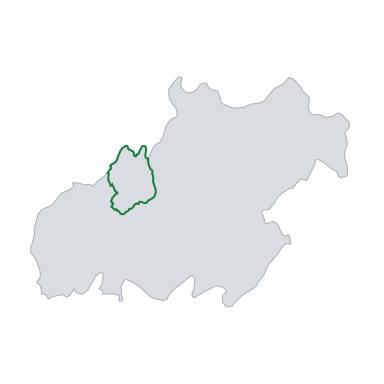 location of Južno-Banatski within Republic of Serbia, rotated 279°
{"feature_id": "SRB-1060", "entity_name": "Južno-Banatski", "entity_type": "District", "adm_level": 1, "iso_a3": "SRB", "parent_name": "Republic of Serbia", "parent_adm1": "", "projection": "robinson", "projection_center": [20.779, 44.991], "detail": "fine", "context": "in_parent", "style": "outline", "palette": "green", "viewbox_px": 384, "rotation_deg": 279, "n_neighbors": 0, "source": "natural_earth", "source_scale": "10m", "svg_char_len": 6768}
<svg xmlns="http://www.w3.org/2000/svg" viewBox="0 0 384 384"><g transform="rotate(279 192 192)"><path d="M218.9,143.5L229.0,146.4L233.6,149.0L236.0,152.5L242.5,154.8L252.9,155.9L260.2,159.5L264.3,165.5L271.0,164.0L280.2,155.1L289.3,152.8L298.3,157.1L303.2,160.6L304.0,163.3L302.0,164.4L297.0,163.9L292.9,165.6L289.7,169.5L289.3,173.7L291.5,178.1L294.7,181.2L298.8,182.9L301.0,185.2L301.4,188.1L302.4,188.9L300.1,190.3L297.6,192.3L296.2,195.8L295.9,201.5L287.9,205.9L284.9,206.7L283.6,209.6L281.6,217.9L281.9,224.1L283.0,227.3L283.5,229.9L286.1,233.1L288.5,237.9L290.1,244.4L293.6,249.3L302.5,254.2L306.9,257.1L310.2,261.2L312.7,264.9L320.1,269.9L319.6,273.4L318.0,276.9L316.3,278.5L312.7,282.9L309.2,285.5L303.4,293.3L294.2,293.7L292.0,294.4L288.5,296.5L286.8,300.4L288.5,303.6L288.3,306.8L286.7,312.9L289.0,319.6L292.3,322.6L292.8,324.4L292.3,327.5L287.4,333.8L286.0,336.1L281.1,337.2L279.4,336.6L276.9,334.5L274.5,333.8L268.7,336.4L262.8,338.0L258.1,336.8L253.5,336.6L250.3,337.7L247.9,338.1L243.2,340.8L235.6,342.8L232.1,342.4L230.8,339.8L229.4,336.1L230.1,334.5L235.1,331.6L235.6,328.8L242.6,315.5L243.9,311.2L243.9,309.8L242.1,308.9L238.3,308.9L221.3,303.5L222.0,297.3L217.0,294.0L211.6,291.0L210.7,287.7L204.7,281.0L200.4,277.3L194.8,275.4L190.0,272.7L187.1,271.0L185.8,267.9L185.8,266.0L184.4,264.2L182.1,264.4L178.1,266.9L173.3,269.0L172.5,270.6L174.2,274.3L175.5,276.7L174.9,278.9L173.4,281.7L164.1,288.0L163.0,290.2L164.8,293.7L163.7,295.3L155.9,297.6L156.1,295.7L155.6,292.6L151.1,289.3L144.9,286.8L130.9,278.1L125.6,276.9L120.8,275.9L113.9,271.7L110.4,271.0L106.5,268.0L98.0,257.9L90.8,252.4L85.9,249.7L84.5,247.0L84.2,244.2L84.4,243.2L88.2,239.3L91.1,238.7L94.8,238.6L97.2,240.6L100.4,241.0L102.2,238.5L103.2,234.8L102.8,230.1L95.1,219.2L88.5,211.6L87.8,210.0L89.2,208.5L91.5,207.8L94.0,208.4L100.5,209.0L106.7,208.3L108.8,206.4L108.9,203.9L106.6,201.6L99.4,195.4L93.7,189.9L87.1,185.6L82.2,183.9L80.8,181.8L80.2,179.5L80.7,175.3L81.1,170.0L82.3,166.6L86.8,160.3L91.1,153.6L93.8,147.1L95.2,141.1L94.7,139.4L92.5,138.1L87.8,136.8L81.3,137.9L75.7,140.1L73.6,140.3L72.9,137.6L73.8,136.4L75.5,136.5L76.9,137.0L78.4,135.8L79.4,132.2L77.2,119.7L81.3,118.6L81.4,116.8L81.8,115.2L86.0,117.4L92.0,117.4L97.3,117.0L98.1,115.8L98.0,114.0L96.9,112.6L95.1,111.5L93.8,109.8L90.2,109.0L79.2,104.5L73.8,99.8L74.0,94.7L75.6,92.0L77.5,91.0L77.0,90.1L70.8,87.7L68.6,84.5L70.4,80.3L67.3,71.8L63.9,66.6L67.3,64.3L67.8,61.1L68.1,59.3L69.4,59.3L74.8,57.2L76.8,55.4L78.0,53.4L79.3,52.9L82.9,55.1L86.7,55.3L91.0,53.9L94.2,51.9L98.0,50.3L99.8,49.2L102.0,47.4L106.5,42.3L111.6,41.2L118.4,42.5L125.8,43.0L131.3,41.8L145.2,43.3L148.2,44.5L150.1,45.8L153.7,50.2L157.2,56.0L162.1,58.6L167.9,61.7L170.9,64.0L175.3,70.9L178.7,74.2L179.9,74.1L181.1,73.2L181.9,72.5L182.8,73.1L182.8,75.2L183.0,79.8L182.2,84.7L183.5,89.4L183.5,90.8L182.6,92.1L182.7,93.3L184.0,94.6L188.7,97.6L193.1,102.4L198.1,105.7L202.8,107.8L205.8,108.0L210.6,111.8L220.2,114.6L223.3,115.5L225.4,117.1L226.9,118.9L227.0,120.9L225.5,121.8L223.5,124.5L222.6,127.7L221.1,128.5L219.6,128.5L218.5,129.5L218.7,130.9L220.0,132.2L222.0,133.4L225.8,134.6L229.6,136.4L229.6,137.8L228.8,139.4L224.0,139.9L220.4,140.2L218.8,140.8L218.9,143.5Z" fill="#d9dde1" stroke="#a8b0b8" stroke-width="1"/><path d="M197.7,105.7L200.6,106.9L201.2,107.3L201.7,107.8L202.3,108.3L203.0,108.4L203.6,108.2L204.6,107.2L205.2,107.1L206.2,107.7L208.3,110.4L209.3,111.5L211.4,112.7L212.5,113.1L215.1,113.2L221.7,115.0L223.4,115.8L225.0,116.9L226.5,118.6L227.1,119.1L227.4,120.1L227.1,121.1L226.4,121.7L225.6,121.7L224.9,122.0L224.4,122.5L224.0,123.1L224.1,123.7L224.1,124.3L224.0,124.6L223.9,124.9L223.4,125.5L223.2,125.8L222.9,126.9L222.9,127.4L222.7,127.8L221.9,128.4L221.3,128.5L219.7,128.6L219.1,128.9L218.6,129.5L218.4,130.3L218.5,131.0L219.3,131.2L220.4,131.2L220.6,131.6L220.4,132.1L220.5,132.5L221.9,133.4L224.9,133.9L226.4,134.5L228.6,135.3L229.5,136.0L230.0,137.2L229.8,138.7L228.9,139.4L226.4,140.0L224.7,140.2L221.1,140.1L219.4,140.6L218.6,141.2L218.1,142.1L217.9,143.1L218.9,143.5L216.4,143.7L213.3,144.5L210.4,145.9L208.4,147.3L207.8,148.1L207.3,148.9L206.8,149.6L206.0,149.9L204.5,149.8L203.6,149.9L203.0,150.2L201.5,151.3L199.0,151.6L196.0,152.0L189.5,155.4L186.0,156.3L184.0,156.0L182.1,155.7L180.7,154.9L179.4,153.6L177.2,150.7L176.4,149.9L174.7,149.0L174.0,148.3L173.7,147.4L173.7,146.5L174.4,142.7L174.2,141.8L173.4,141.4L171.7,141.1L171.8,139.9L172.0,139.6L172.1,139.4L172.1,139.1L172.1,138.9L171.8,138.6L171.5,138.3L171.1,137.8L170.7,137.4L170.3,137.1L170.1,137.0L170.0,136.9L169.5,136.8L169.2,136.7L168.5,136.4L167.7,136.1L167.5,135.9L167.1,135.7L166.6,135.2L166.3,134.9L166.1,134.7L165.8,134.3L165.7,134.2L165.7,133.8L165.7,133.4L165.7,133.2L165.6,132.9L165.4,132.6L165.2,132.5L164.7,132.5L164.3,132.4L164.1,132.4L163.8,132.1L163.2,131.7L162.9,131.3L162.7,131.1L162.5,130.8L162.4,130.5L162.4,130.3L162.3,130.1L162.1,130.0L161.6,129.6L161.1,129.4L160.3,128.8L160.1,128.7L159.9,128.5L159.7,128.2L159.5,127.8L159.5,127.3L159.4,127.1L159.2,126.5L159.1,126.4L159.1,126.2L159.4,125.7L159.4,125.4L159.3,125.2L159.7,124.5L160.2,124.1L160.5,123.7L160.9,123.5L161.0,123.4L161.6,122.6L161.8,122.3L161.8,122.2L161.7,121.8L161.6,121.6L161.5,121.4L161.6,121.2L161.9,120.9L162.0,120.8L162.1,120.7L162.6,120.6L162.8,120.4L163.0,120.3L163.1,120.1L163.1,119.8L163.0,119.7L162.7,119.3L162.4,118.9L162.3,118.7L162.5,118.3L163.0,117.7L163.3,117.3L163.5,116.8L163.7,116.5L164.3,115.8L164.4,115.6L164.6,115.1L164.7,114.8L164.8,114.8L165.0,114.7L165.3,114.8L165.4,115.0L165.5,115.3L165.6,115.5L165.8,115.6L166.0,115.6L166.3,115.6L166.7,115.4L166.9,115.3L167.0,115.3L167.3,115.4L167.8,115.8L168.1,115.9L168.3,115.9L168.5,115.8L168.6,115.7L168.9,115.3L169.0,115.2L169.1,114.7L169.4,114.1L169.4,113.9L169.5,113.8L169.8,113.7L170.0,113.6L170.4,113.5L170.5,113.5L170.8,113.6L171.7,114.0L171.9,114.0L172.1,114.1L172.9,114.1L173.1,114.2L173.5,114.3L174.4,114.7L174.9,115.0L175.3,115.2L175.6,115.5L175.8,115.7L177.0,116.3L177.3,116.4L177.5,116.5L177.9,117.1L178.5,117.9L178.9,118.4L179.0,118.4L179.2,118.5L179.3,118.5L179.5,118.5L179.8,118.3L179.9,118.2L180.0,118.0L180.2,117.3L180.4,116.9L180.4,116.7L180.4,116.4L180.4,116.2L180.5,116.1L180.9,115.8L181.0,115.7L181.3,115.6L181.7,115.5L181.8,115.5L182.0,115.4L182.2,115.2L182.5,114.8L182.6,114.6L183.2,114.4L184.1,114.2L184.3,114.1L184.6,113.8L184.7,113.7L184.9,113.5L185.1,113.3L185.8,112.6L186.0,112.5L187.0,112.0L186.2,111.5L185.4,110.9L185.3,110.7L185.5,110.4L186.7,110.1L187.1,109.9L187.3,109.8L187.9,109.5L188.5,109.0L189.4,108.4L190.7,107.6L191.0,107.4L191.4,107.3L191.6,107.2L191.8,107.2L192.8,107.2L193.0,107.2L193.9,106.9L194.1,106.9L194.6,106.9L194.9,106.9L195.1,106.9L195.6,107.1L195.8,107.1L197.1,106.9L197.5,106.4L197.7,105.8L197.7,105.7Z" fill="none" stroke="#15803d" stroke-width="2"/></g></svg>